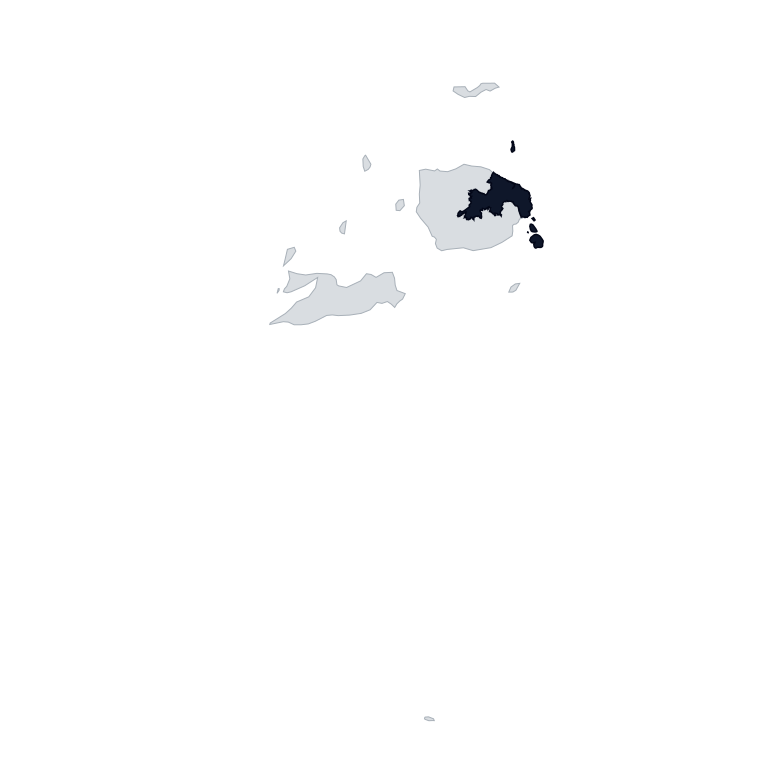 Nadroga-Navosa, Western, Fiji (highlighted), rotated 193°
{"feature_id": "14151628B53702400461405", "entity_name": "Nadroga-Navosa", "entity_type": "district", "adm_level": 2, "iso_a3": "FJI", "parent_name": "Fiji", "parent_adm1": "Western", "projection": "robinson", "projection_center": [177.707, -18.082], "detail": "fine", "context": "in_parent", "style": "filled", "palette": "ink", "viewbox_px": 768, "rotation_deg": 193, "n_neighbors": 0, "source": "geoboundaries", "source_scale": "gbopen_adm2", "svg_char_len": 8303}
<svg xmlns="http://www.w3.org/2000/svg" viewBox="0 0 768 768"><g transform="rotate(193 384 384)"><path d="M365.5,532.4L365.5,536.7L367.9,538.5L370.3,538.8L376.3,546.8L385.7,553.8L391.3,559.1L391.7,563.6L389.9,568.4L392.3,577.0L393.5,585.9L397.6,600.0L391.7,602.7L382.6,603.0L380.4,605.5L377.3,604.1L369.7,605.2L362.4,609.8L355.5,616.1L347.5,616.1L338.5,617.4L329.5,616.6L323.2,613.2L312.1,609.5L297.2,606.4L291.1,603.8L285.9,599.7L281.1,589.3L280.4,584.2L281.2,579.3L285.5,577.6L289.1,575.1L289.6,571.9L291.3,569.6L293.3,568.8L294.4,567.3L292.9,562.0L292.5,557.2L301.1,548.4L310.5,540.9L327.1,534.0L337.3,534.6L352.8,529.3L357.8,526.8L362.8,528.4L365.5,532.4ZM508.6,417.8L496.0,430.4L491.4,437.0L487.6,444.2L476.9,452.0L472.3,462.4L472.6,472.9L483.3,461.9L495.3,452.9L499.0,451.1L502.8,451.2L502.4,454.3L500.7,457.3L499.4,465.3L502.5,472.6L493.6,471.9L484.8,472.6L474.3,476.7L464.0,478.5L460.2,478.6L456.5,477.2L454.1,475.0L452.2,470.1L450.3,469.4L442.2,469.6L430.0,479.2L425.9,487.5L421.2,487.8L415.7,486.1L409.0,492.4L401.0,494.7L397.5,489.4L395.3,482.8L392.4,478.0L383.6,476.8L385.0,470.9L387.3,468.4L389.5,465.0L390.8,461.0L395.0,463.5L399.3,465.1L404.1,462.1L409.2,461.9L414.2,453.2L422.1,447.7L433.0,443.4L444.1,440.3L449.8,439.7L455.3,437.9L465.0,429.7L471.3,425.5L478.3,423.0L484.9,421.5L491.1,422.8L496.0,422.1L508.7,416.3L508.6,417.8ZM382.6,685.1L382.6,689.2L371.9,691.9L368.3,688.5L366.0,687.9L359.7,693.9L357.8,696.4L357.2,698.2L355.6,699.2L343.9,702.0L338.7,699.2L342.2,697.2L346.5,693.3L350.8,693.9L355.1,690.2L359.4,684.7L365.5,683.5L369.9,681.3L377.0,682.9L382.6,685.1ZM508.4,493.5L502.2,497.0L499.8,493.6L502.7,485.2L508.5,476.6L508.4,483.5L508.4,493.5ZM454.1,602.0L453.4,602.8L446.2,595.2L446.4,592.2L447.7,589.5L450.6,587.0L453.2,591.3L455.2,598.5L454.1,602.0ZM410.9,566.5L406.6,568.2L404.3,562.3L407.5,556.5L411.2,556.0L413.0,561.9L410.9,566.5ZM460.3,531.9L457.5,534.5L456.3,521.4L459.1,521.5L461.2,522.9L462.4,526.2L460.3,531.9ZM278.6,511.0L274.4,512.6L276.6,505.0L279.1,502.6L280.6,502.2L283.1,501.6L282.1,507.0L278.6,511.0ZM269.0,68.7L265.7,69.7L260.4,68.9L259.3,67.3L261.0,67.0L264.5,66.0L268.7,66.5L269.4,67.5L269.0,68.7ZM508.5,453.2L507.5,453.3L507.3,451.5L508.6,448.3L508.5,453.2Z" fill="#d9dde1" stroke="#a8b0b8" stroke-width="1"/><path d="M287.9,577.4L286.7,577.9L286.7,578.2L286.4,578.3L285.7,578.1L285.1,578.3L284.5,578.0L284.2,578.4L283.9,578.0L282.4,578.7L281.9,578.7L281.8,579.3L281.2,580.0L281.2,580.4L280.8,580.5L279.8,581.5L280.8,583.7L281.9,584.3L281.8,584.6L281.0,584.7L281.0,585.1L280.6,585.5L280.4,586.6L279.4,587.8L279.2,588.5L279.4,589.2L279.9,589.9L280.1,591.8L282.8,594.6L282.6,595.7L283.0,596.5L284.3,596.5L284.5,597.3L284.3,597.7L284.3,599.3L284.0,600.2L285.0,601.8L285.7,602.0L285.7,602.5L285.4,602.8L285.6,603.1L287.3,604.3L288.3,604.5L288.8,604.2L289.3,604.6L289.8,604.7L290.2,604.3L290.6,604.3L290.7,604.8L291.0,605.0L292.9,605.7L293.3,605.7L293.4,605.1L293.6,604.8L294.0,605.0L294.3,605.4L294.1,605.4L294.0,605.9L294.7,606.2L295.3,607.0L296.0,607.1L296.1,607.7L297.1,608.7L298.8,608.5L299.0,608.7L300.0,608.5L302.3,608.9L301.8,608.4L301.3,606.3L301.6,605.2L302.3,604.4L302.2,604.2L302.6,603.8L302.6,604.4L301.8,605.2L301.6,606.2L302.1,608.5L302.5,608.8L302.4,609.1L303.0,608.5L303.9,608.3L304.3,608.5L304.0,608.6L304.2,609.2L305.2,609.5L306.3,609.5L306.4,609.3L307.1,609.7L307.7,609.7L308.0,609.2L308.4,609.1L309.1,610.1L309.7,609.7L310.2,610.3L312.3,610.7L312.7,610.9L312.6,611.1L314.1,611.0L314.9,611.7L315.9,611.5L316.5,611.8L317.1,611.6L317.1,611.8L317.1,611.6L317.3,611.6L317.5,612.1L318.0,612.1L318.7,612.9L319.4,612.7L319.6,612.8L319.7,612.6L320.3,613.3L321.3,613.5L322.0,613.3L323.7,614.3L324.4,614.3L324.9,614.9L325.3,614.3L325.3,613.9L325.8,612.8L325.7,612.2L326.1,611.6L325.7,609.9L325.9,609.4L326.5,609.2L326.1,608.2L326.4,607.6L327.9,606.3L328.9,604.0L328.5,603.9L328.4,604.1L327.3,603.7L326.5,603.7L325.9,604.2L325.8,603.9L325.1,604.1L324.5,603.8L324.7,603.5L324.4,602.9L324.7,602.6L324.5,601.3L324.2,600.9L323.8,600.7L323.8,600.0L323.4,599.7L323.7,599.3L322.9,598.5L324.0,597.7L323.9,597.1L324.3,596.9L324.5,596.4L325.7,596.0L325.6,595.1L325.9,594.7L325.8,594.1L326.1,593.4L326.0,592.9L326.9,591.9L327.1,591.4L327.7,591.1L328.4,591.1L329.5,592.0L331.0,591.5L331.3,591.7L331.3,592.0L331.7,592.1L332.1,591.7L332.6,591.7L333.2,592.2L334.2,592.0L334.9,592.7L335.3,592.6L336.4,593.5L338.5,594.4L339.0,594.0L339.9,593.8L340.3,592.8L341.5,592.4L342.7,592.5L343.3,591.6L343.9,591.4L343.6,591.3L343.2,590.6L342.7,590.6L342.3,590.3L341.6,590.7L341.5,590.4L341.8,590.0L342.3,588.9L344.4,588.9L344.0,587.6L342.4,587.2L342.4,586.7L342.0,586.4L340.9,586.5L341.2,586.0L340.8,585.0L341.6,585.1L341.9,584.3L342.6,584.3L342.8,583.5L342.4,583.2L342.1,582.1L341.6,582.4L341.0,581.8L340.3,581.6L340.4,581.2L339.9,580.7L340.0,579.9L340.3,579.3L340.4,578.8L341.2,577.7L341.1,577.0L340.8,577.0L340.4,576.1L344.0,571.8L346.2,569.5L346.8,569.6L347.9,569.3L348.2,569.4L348.5,569.8L348.9,569.7L349.8,568.1L349.6,567.7L350.3,567.0L350.0,566.1L350.1,565.9L350.0,565.4L350.3,564.7L349.4,563.7L348.7,564.3L348.9,564.8L347.9,564.4L347.6,565.4L347.2,565.4L346.3,566.1L346.1,566.7L346.2,567.5L345.7,567.8L345.2,567.6L344.7,568.5L344.0,568.7L343.7,569.4L342.8,570.3L342.6,570.2L342.7,569.8L342.5,569.3L342.8,567.3L342.7,566.8L342.9,566.0L343.2,565.8L343.0,565.6L343.3,565.5L343.1,565.2L342.9,565.5L342.5,565.6L342.5,565.3L343.0,564.2L342.3,564.5L342.1,564.4L341.0,564.7L341.0,564.1L340.6,563.9L340.7,563.2L340.4,562.9L340.1,563.1L338.8,563.0L338.3,563.3L338.4,563.8L338.2,564.0L337.7,564.2L337.4,564.0L336.8,564.5L336.7,564.9L336.9,565.9L336.5,566.1L335.3,565.9L335.2,565.6L334.7,565.5L334.4,564.6L333.7,564.6L333.5,564.4L333.8,566.1L333.7,567.0L333.0,567.1L332.7,567.8L331.6,568.4L331.2,568.5L330.9,568.3L330.4,568.4L330.0,569.0L329.0,568.7L328.4,567.8L327.8,567.5L326.6,567.3L326.4,568.0L326.6,568.8L326.9,569.0L327.0,569.3L326.7,569.5L327.2,570.6L327.4,572.1L327.6,572.6L328.2,572.8L329.0,573.6L329.4,574.5L329.3,574.9L328.9,575.1L329.0,575.5L328.6,575.8L327.9,575.2L327.3,575.2L327.0,575.3L327.5,577.3L326.1,577.3L325.1,576.6L324.6,577.7L324.1,578.2L323.9,578.0L323.5,578.3L323.5,577.9L323.1,578.3L322.7,578.1L322.5,578.3L322.3,578.0L322.3,578.4L321.9,578.3L322.0,578.6L322.6,579.3L322.1,580.1L321.7,580.3L321.7,579.7L320.8,579.8L320.4,579.3L319.9,579.5L320.0,578.9L319.8,578.0L319.9,576.0L319.3,576.3L318.9,576.0L318.9,575.7L318.7,575.7L318.4,576.1L317.7,575.2L316.6,575.1L316.2,574.4L315.2,574.3L313.9,573.0L313.2,573.3L313.0,573.7L313.3,573.8L313.6,573.6L314.0,573.8L314.4,574.7L314.5,575.5L314.3,575.6L313.7,575.2L312.9,575.5L312.3,575.3L311.8,575.5L311.2,574.3L310.9,574.3L310.4,574.7L308.9,574.9L308.5,575.2L308.3,575.1L308.1,574.4L307.8,574.2L307.9,574.5L307.6,575.1L308.6,575.8L309.1,575.7L309.4,576.2L309.2,577.6L309.5,578.1L309.1,578.6L309.0,579.1L308.6,579.4L308.6,580.2L308.3,580.1L307.9,580.8L307.9,581.3L307.7,581.8L308.6,582.4L309.0,582.3L309.6,584.2L309.0,584.7L308.6,585.6L309.1,586.8L308.7,587.9L308.3,588.1L308.0,588.8L307.2,589.2L306.3,589.0L306.1,589.8L305.6,590.4L305.1,590.4L304.8,589.8L304.2,589.7L303.5,590.3L302.2,590.4L300.8,590.8L300.3,590.2L299.5,590.3L299.1,589.8L299.0,590.0L298.8,589.5L298.4,589.4L297.8,588.5L297.1,588.1L296.3,587.3L295.2,587.2L294.7,587.7L293.8,587.3L292.7,586.1L292.6,585.6L292.0,585.1L292.1,584.7L291.6,584.1L291.8,583.8L291.1,582.4L290.6,581.9L290.4,581.3L289.0,579.2L288.8,579.3L287.9,577.4ZM268.7,551.9L268.1,551.2L267.4,550.7L266.6,550.6L265.3,551.7L261.8,552.4L260.7,553.5L260.5,554.2L261.0,556.3L260.9,557.4L261.1,559.2L262.4,560.6L265.1,563.0L267.1,563.8L269.4,564.0L271.2,563.1L273.8,559.9L274.3,556.9L272.2,555.0L270.8,555.0L268.7,556.0L268.9,554.5L269.5,553.9L268.7,551.9ZM277.3,572.5L277.4,570.5L276.1,567.7L275.0,566.3L273.9,565.8L271.7,566.0L270.2,566.4L269.3,567.0L269.3,567.3L271.1,569.4L274.8,572.6L276.5,572.9L277.3,572.5ZM313.4,649.6L314.0,648.5L313.0,647.1L312.4,644.2L313.0,641.3L312.7,640.5L311.8,639.0L311.3,638.8L310.7,639.2L310.2,640.2L309.4,640.7L309.4,641.2L310.2,644.2L311.0,645.1L311.3,646.6L312.0,647.4L312.3,648.8L312.9,649.5L313.4,649.6ZM277.0,578.6L274.5,576.8L273.7,577.8L275.7,579.7L277.0,578.6ZM278.1,564.4L278.1,564.0L277.6,564.0L277.7,564.3L278.1,564.4ZM282.9,597.9L283.2,597.7L283.4,597.5L282.9,597.7L282.9,597.9Z" fill="#0f172a" stroke="#020617" stroke-width="1.5"/></g></svg>